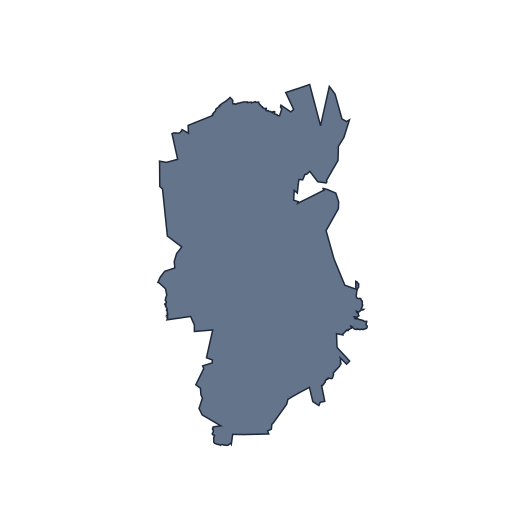 the district of San Bernardo, Durango, Mexico, rotated 209°
{"feature_id": "50627088B70789765036822", "entity_name": "San Bernardo", "entity_type": "district", "adm_level": 2, "iso_a3": "MEX", "parent_name": "Mexico", "parent_adm1": "Durango", "projection": "albers", "projection_center": [-105.703, 26.184], "detail": "fine", "context": "isolated", "style": "filled", "palette": "slate", "viewbox_px": 512, "rotation_deg": 209, "n_neighbors": 0, "source": "geoboundaries", "source_scale": "gbopen_adm2", "svg_char_len": 6051}
<svg xmlns="http://www.w3.org/2000/svg" viewBox="0 0 512 512"><g transform="rotate(209 256 256)"><path d="M386.4,292.2L384.8,289.5L373.9,270.2L370.2,269.2L343.2,230.5L325.3,227.9L326.6,219.7L324.9,211.6L321.2,206.2L328.4,198.4L329.5,191.4L329.0,185.3L328.0,185.6L319.3,183.5L315.0,178.4L314.7,175.5L314.4,175.2L314.3,174.1L313.6,173.4L313.7,173.1L312.2,172.6L311.9,171.9L311.9,171.7L312.3,170.4L311.8,170.5L311.6,170.4L311.6,170.1L311.7,169.9L312.0,169.7L312.1,169.3L311.1,169.3L310.9,169.1L311.2,168.9L310.8,168.2L310.4,168.2L309.4,167.3L308.9,167.3L308.2,166.8L307.8,166.1L308.2,165.6L308.2,165.4L307.9,165.1L307.5,165.4L307.1,165.2L306.8,164.5L306.8,164.3L305.5,162.9L305.8,162.8L305.7,162.6L305.3,162.6L305.1,162.2L305.3,160.5L305.0,160.7L304.3,160.8L304.3,160.2L304.0,159.5L303.9,158.8L303.7,158.8L303.6,159.0L303.3,159.1L303.0,158.6L303.0,158.2L302.9,158.0L302.9,157.0L283.9,171.4L276.5,165.8L273.3,160.1L258.0,170.3L250.0,143.0L243.8,143.9L242.5,141.3L249.4,134.0L247.1,132.1L246.2,114.2L240.5,113.4L236.8,107.8L234.0,105.8L231.9,95.0L226.0,90.9L204.4,90.4L210.6,85.8L210.3,85.1L210.4,84.9L210.5,84.3L210.1,83.7L209.9,83.9L209.6,83.8L209.6,83.1L208.8,82.8L208.4,82.1L208.0,80.8L208.2,79.4L208.1,79.2L207.3,78.7L206.2,78.8L205.4,79.0L205.2,78.9L204.9,76.4L202.6,72.7L202.1,72.4L201.1,72.1L199.8,72.4L198.7,72.5L197.5,73.0L196.8,73.0L195.9,73.3L195.3,73.2L195.2,73.6L195.0,74.0L194.0,74.9L192.5,75.0L191.7,75.4L191.7,75.6L191.3,75.8L190.5,75.8L189.9,76.1L188.7,76.9L188.5,77.3L188.4,78.0L187.8,79.0L187.6,79.8L187.1,79.8L186.3,79.3L189.9,88.7L180.3,93.8L158.6,106.5L161.0,108.6L158.6,112.0L160.5,116.4L159.9,118.8L157.3,141.2L158.6,146.0L156.2,150.3L150.8,159.1L145.6,167.0L135.7,156.2L128.5,155.7L128.9,159.2L125.4,162.2L135.8,174.5L135.5,174.9L135.1,174.9L135.0,175.6L134.7,176.2L134.8,176.8L134.5,177.3L134.6,178.0L134.3,179.1L135.0,180.5L134.8,180.9L134.9,181.3L134.7,181.4L134.8,181.6L134.3,182.3L134.3,182.5L134.2,182.7L133.9,182.8L133.9,183.7L133.4,183.5L133.2,183.8L133.1,184.7L131.9,184.8L130.3,185.4L130.0,186.2L130.3,188.3L130.6,189.5L131.0,190.4L131.6,191.0L131.7,191.3L131.0,193.6L131.0,194.1L131.2,194.6L131.0,194.9L130.5,195.3L130.5,196.1L130.0,197.4L130.0,198.7L129.5,199.4L129.5,201.0L129.6,201.8L129.4,202.9L129.6,203.5L130.6,203.8L130.8,204.8L131.4,205.2L131.8,206.6L132.8,207.7L124.3,205.3L123.2,209.5L140.8,215.3L147.9,227.1L141.7,229.1L142.0,229.4L142.2,230.1L141.8,230.9L141.5,232.3L141.3,232.7L140.9,234.1L141.0,234.6L140.8,235.3L140.5,235.5L140.2,235.3L139.6,235.2L139.1,235.7L139.3,236.3L139.2,236.8L138.6,237.4L138.3,238.4L138.0,238.8L137.6,239.0L137.8,239.8L138.6,240.4L138.4,240.6L138.8,240.8L138.5,240.9L137.9,240.6L137.1,240.6L137.1,240.4L136.1,240.0L135.4,240.0L135.3,239.9L133.8,239.9L133.3,240.1L132.7,240.5L132.2,240.6L131.8,241.2L131.9,241.5L131.3,241.4L130.8,241.7L130.4,241.7L130.1,241.9L129.7,241.8L129.2,242.1L128.9,242.6L128.7,242.7L128.1,243.1L128.0,243.4L127.5,243.3L126.4,243.7L126.2,244.4L125.9,244.6L125.9,244.8L125.3,245.0L125.0,245.6L124.3,246.2L124.2,247.0L124.3,247.8L125.0,248.8L126.1,249.1L126.6,249.5L127.0,250.4L127.2,252.2L127.4,252.4L127.5,252.2L128.0,252.3L129.2,251.5L130.2,251.4L130.9,251.6L132.0,251.2L133.0,251.2L133.5,250.8L134.3,250.8L135.4,250.3L135.6,250.3L135.8,250.5L137.0,250.5L137.3,249.9L138.7,249.2L139.1,249.3L140.3,250.1L140.6,250.2L140.8,250.4L140.0,250.8L139.6,250.6L139.3,250.8L138.8,250.6L138.7,250.7L137.5,252.3L137.0,253.6L137.5,253.7L137.8,254.0L138.4,255.1L139.3,255.8L139.6,255.8L140.0,255.4L140.3,255.4L140.6,255.6L141.4,256.3L140.5,256.3L140.3,256.6L139.6,256.7L138.7,257.1L138.6,257.9L138.3,258.1L138.3,258.5L138.0,259.0L137.8,259.7L137.4,260.3L136.6,260.4L136.4,260.6L136.0,261.5L137.7,260.6L138.1,260.6L138.3,260.8L138.5,261.1L138.5,263.5L138.8,264.7L139.2,265.1L139.7,265.1L140.2,266.4L141.2,268.1L141.9,268.1L142.5,268.3L143.5,269.4L144.3,269.4L144.8,269.3L145.7,268.3L147.4,268.2L147.8,268.4L148.9,269.6L149.4,270.3L149.5,270.9L150.9,274.4L151.3,276.3L151.3,278.4L151.2,278.6L151.3,278.7L151.3,279.0L151.6,279.4L152.2,280.0L152.4,281.2L153.2,281.6L154.1,281.7L155.4,282.4L155.8,282.3L155.9,282.0L156.4,282.1L152.7,275.4L164.1,273.5L186.3,291.2L207.0,312.2L206.9,337.3L210.0,343.5L216.7,349.7L225.6,348.8L230.1,347.7L230.1,347.4L228.4,346.6L245.1,322.2L245.3,324.0L250.1,323.1L254.4,331.9L250.4,331.1L254.5,340.9L255.5,343.8L252.1,345.2L252.7,351.2L251.3,352.1L249.9,356.1L238.0,350.9L230.0,353.9L230.0,355.3L231.0,356.4L230.6,379.3L237.1,391.9L236.6,402.3L240.3,420.4L242.0,417.5L247.3,417.6L265.3,435.9L274.1,439.9L262.7,401.2L292.2,432.0L301.0,422.3L309.3,413.4L294.1,402.4L295.4,398.9L307.3,400.0L306.6,397.9L304.8,397.3L303.4,390.2L304.0,389.8L305.2,389.3L305.7,389.4L306.1,389.8L306.5,389.8L308.6,389.2L309.2,389.9L309.3,390.1L309.3,390.9L309.7,391.3L310.7,390.8L310.9,390.5L310.7,390.1L311.3,390.0L311.1,389.2L311.3,389.2L311.7,389.4L312.1,389.3L312.8,389.5L313.5,389.5L314.0,388.9L314.9,388.8L315.4,389.0L315.7,389.1L316.3,388.5L317.7,388.1L318.0,388.3L318.3,388.7L318.2,389.7L318.6,390.2L318.8,390.1L319.7,389.1L320.8,389.1L321.0,388.8L321.4,388.8L322.8,389.6L323.0,389.4L323.7,389.4L324.9,390.1L326.6,390.4L327.4,391.0L327.7,391.1L328.2,391.9L328.4,391.9L328.6,391.6L329.6,391.1L330.4,390.4L330.7,390.4L331.4,390.7L334.1,387.8L334.8,388.3L337.9,386.0L338.3,386.5L341.6,384.7L343.3,383.0L344.0,382.6L344.5,381.7L345.4,381.2L345.8,381.1L346.5,380.2L346.4,379.8L347.3,379.1L347.4,378.8L347.6,378.7L348.1,378.6L348.5,378.9L349.8,377.9L351.2,379.3L351.4,380.4L351.7,380.8L353.4,381.5L355.6,382.1L355.9,380.9L357.4,377.0L357.8,376.4L357.8,376.1L358.3,375.2L359.1,374.0L359.5,373.0L360.1,371.8L360.5,370.6L360.4,370.5L360.2,369.7L360.6,369.4L360.9,369.5L360.8,368.4L362.3,365.3L361.8,363.1L362.2,361.6L362.5,361.0L362.5,360.6L362.3,359.5L362.8,359.2L362.8,358.7L362.0,357.9L378.7,337.3L374.6,330.6L381.9,330.7L381.7,329.7L381.9,329.6L381.8,329.0L382.1,328.3L382.1,327.6L382.4,326.8L383.6,325.7L386.1,324.6L386.2,324.3L387.4,323.9L388.3,323.0L388.8,322.3L371.4,302.6L379.8,294.4L386.4,292.2Z" fill="#64748b" stroke="#1e293b" stroke-width="1.5"/></g></svg>